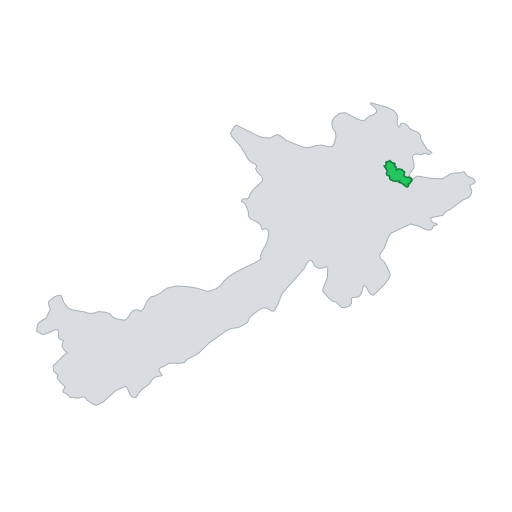 Namor, Oudômxai, Laos (highlighted), rotated 95°
{"feature_id": "54806243B14770946613819", "entity_name": "Namor", "entity_type": "district", "adm_level": 2, "iso_a3": "LAO", "parent_name": "Laos", "parent_adm1": "Oudômxai", "projection": "robinson", "projection_center": [101.708, 20.926], "detail": "fine", "context": "in_parent", "style": "filled", "palette": "green", "viewbox_px": 512, "rotation_deg": 95, "n_neighbors": 0, "source": "geoboundaries", "source_scale": "gbopen_adm2", "svg_char_len": 7808}
<svg xmlns="http://www.w3.org/2000/svg" viewBox="0 0 512 512"><g transform="rotate(95 256 256)"><path d="M179.6,49.8L182.0,54.5L193.1,67.2L195.0,70.7L199.1,73.3L202.5,84.6L203.9,85.3L205.8,84.5L207.1,82.9L208.3,78.6L209.1,78.1L210.3,81.7L213.4,82.8L214.8,84.3L215.2,87.0L214.7,89.8L212.1,96.3L210.6,104.9L221.5,123.4L226.0,125.9L236.9,128.9L244.2,133.0L247.6,132.0L250.9,127.4L254.8,124.8L262.1,120.9L264.2,120.7L268.2,122.3L274.8,126.8L284.9,135.5L284.5,137.8L282.7,140.0L277.4,143.4L275.7,145.6L276.7,146.4L281.2,147.0L286.5,148.9L288.1,151.2L289.0,156.3L289.9,157.3L294.8,156.7L296.3,157.4L298.1,159.1L299.8,163.3L299.8,166.5L295.0,172.2L294.4,175.5L291.9,179.6L285.3,186.3L283.5,186.7L271.2,183.0L261.4,183.5L260.6,184.9L262.3,189.0L262.8,193.0L261.3,196.1L255.7,200.1L255.5,201.8L256.6,203.6L264.8,207.2L291.0,226.6L302.9,230.3L308.1,232.7L309.5,234.1L309.4,235.8L308.1,238.0L307.0,241.8L306.9,244.0L308.2,246.3L310.3,249.5L317.6,256.9L323.0,258.7L328.7,267.1L330.4,274.5L333.2,279.3L346.8,295.2L358.2,305.0L365.0,315.6L368.3,318.0L369.4,321.8L370.3,333.0L374.3,338.6L375.1,340.8L376.8,342.5L378.7,342.8L382.7,339.1L383.5,339.7L385.3,345.6L387.0,347.7L393.0,351.3L399.4,358.4L402.9,361.0L407.2,363.0L407.8,365.3L407.0,367.5L405.7,369.0L398.3,373.1L397.3,374.9L402.3,384.0L414.7,395.2L418.6,402.0L417.8,405.2L414.4,411.8L411.9,413.5L411.2,415.6L413.2,420.9L413.0,429.2L410.7,431.1L408.5,436.2L407.0,436.6L403.2,434.7L395.3,443.4L391.9,443.0L388.0,447.8L382.8,448.5L379.3,444.9L371.7,439.1L369.0,435.4L366.7,438.6L362.7,441.5L357.1,440.5L355.6,444.8L354.5,445.6L347.7,446.4L346.5,447.1L347.6,451.0L351.6,457.7L352.8,461.6L350.3,467.9L343.3,467.8L340.1,465.2L336.2,459.8L327.1,456.3L321.1,458.7L319.3,458.6L314.8,454.1L313.1,451.2L312.0,446.9L318.9,443.4L322.4,440.7L324.6,437.8L325.6,434.8L326.6,422.3L327.7,417.9L327.1,412.5L325.2,408.3L325.1,401.9L326.1,396.7L328.7,394.2L330.5,390.5L331.5,382.1L330.7,380.0L328.1,377.9L323.8,376.0L321.0,373.6L319.9,370.6L320.0,368.0L321.3,365.8L318.0,363.3L310.2,360.5L305.8,357.2L304.8,353.4L301.5,348.4L295.9,342.1L292.9,333.1L292.5,321.4L293.2,311.9L295.6,300.9L292.2,292.9L288.6,288.7L283.6,285.6L278.8,281.2L274.2,275.4L268.8,266.9L262.4,255.6L258.1,250.5L255.9,251.7L251.3,250.6L244.3,247.4L238.2,245.6L233.0,245.4L229.6,246.1L228.1,247.8L228.0,249.5L229.3,251.2L228.6,252.5L225.8,253.5L223.7,255.3L221.2,259.5L219.5,264.9L216.9,267.0L212.9,267.4L209.0,269.0L205.1,271.6L203.3,273.6L203.5,275.0L202.7,275.3L200.8,274.5L199.9,272.7L200.0,269.9L198.0,268.0L194.0,267.1L189.4,264.0L180.6,256.2L178.6,255.9L175.7,257.9L172.0,262.3L168.9,264.0L166.5,263.1L164.6,264.6L163.3,268.6L160.8,271.8L149.0,280.2L138.4,291.1L135.7,292.0L129.3,289.0L127.3,286.9L136.1,264.6L137.4,259.2L137.2,252.1L133.4,246.2L133.3,244.4L133.9,242.6L138.4,235.7L143.6,218.0L143.3,212.5L141.0,206.4L139.8,200.7L140.8,192.8L140.4,189.8L137.9,188.2L129.9,186.7L125.2,187.9L123.0,190.1L120.3,191.4L115.2,192.2L110.4,189.5L106.4,185.0L105.5,179.5L110.5,167.6L111.7,163.0L111.6,160.9L110.7,158.6L109.5,158.3L107.0,155.5L104.5,150.6L102.1,148.4L99.9,148.8L97.8,150.6L94.5,155.3L93.4,154.7L96.4,138.3L99.2,131.3L102.5,128.1L106.0,126.7L109.7,127.2L112.8,126.6L115.2,124.9L115.0,124.0L112.1,123.7L110.9,121.9L111.5,118.4L112.8,116.1L114.9,115.1L116.8,111.6L118.7,105.6L121.0,102.5L123.7,102.5L128.3,99.9L134.9,94.8L137.4,89.9L139.8,92.2L138.9,97.9L140.2,99.1L140.8,101.1L140.5,104.2L141.0,106.9L142.0,108.2L143.4,108.9L150.4,106.6L154.6,106.4L161.6,110.6L165.7,107.5L165.7,106.3L162.3,102.4L163.4,88.1L162.9,77.1L157.2,69.1L156.0,65.8L155.5,60.5L153.9,56.0L157.9,52.4L160.1,45.7L163.0,44.1L163.9,44.3L167.4,49.4L171.8,46.8L175.2,46.9L178.1,48.2L179.6,49.8Z" fill="#d9dde1" stroke="#a8b0b8" stroke-width="1"/><path d="M167.3,107.2L167.3,107.4L167.2,107.5L167.3,107.6L167.2,107.7L166.9,107.8L166.7,107.8L166.7,107.5L166.7,107.4L166.2,107.5L166.1,107.4L166.0,107.5L165.9,107.6L165.7,107.6L165.4,107.7L165.3,107.8L165.3,108.0L165.1,108.0L165.0,108.3L164.9,108.5L165.0,108.8L165.1,109.0L165.0,109.3L164.8,109.6L164.7,109.9L164.5,110.0L164.4,110.0L164.3,110.3L164.1,110.4L164.0,110.5L164.0,110.8L164.2,111.1L164.5,111.3L164.6,111.5L164.6,111.9L164.5,112.1L164.4,112.2L164.4,112.3L164.4,112.5L164.2,112.8L164.3,113.1L164.4,113.5L164.2,113.8L164.1,114.3L163.9,114.8L163.7,114.8L163.7,115.0L163.2,115.3L162.8,115.8L162.2,115.7L161.9,115.5L161.7,115.4L161.5,115.6L161.3,115.7L160.9,115.7L160.6,115.5L160.3,115.5L160.1,115.4L159.9,115.2L159.7,115.1L159.4,115.3L159.0,115.5L158.8,115.7L158.6,116.1L158.5,116.6L158.1,117.5L157.9,117.8L157.6,117.9L157.2,117.9L157.1,118.1L157.1,118.5L157.1,118.9L157.1,119.2L157.0,119.4L157.0,120.3L156.9,120.7L156.9,121.0L156.7,121.4L156.6,121.5L156.6,121.8L156.8,122.0L157.1,122.2L157.4,122.5L157.5,122.7L157.8,122.9L158.1,123.1L158.1,123.5L157.9,123.7L157.8,123.9L157.5,124.0L157.0,124.1L156.8,124.1L156.5,124.2L155.6,124.1L155.0,124.2L154.9,124.4L154.9,124.5L154.8,125.0L154.7,125.4L154.3,125.4L154.2,125.5L153.8,125.7L153.6,125.8L153.3,125.7L153.1,125.5L152.8,125.6L152.6,125.5L152.4,125.6L152.2,125.7L152.5,125.9L152.4,125.9L152.4,126.0L152.2,125.9L152.1,126.0L152.2,126.3L152.1,126.5L151.9,126.5L151.7,126.7L151.7,126.8L151.6,126.7L151.4,126.8L151.5,126.9L151.4,127.2L151.4,127.3L151.4,127.5L151.5,127.7L151.5,127.9L151.5,128.0L151.4,128.1L151.3,128.4L151.0,128.8L150.9,129.2L150.9,129.3L150.7,129.5L150.4,129.6L150.2,129.6L150.1,129.8L150.0,130.0L149.8,130.2L149.7,130.4L149.4,130.6L149.3,130.8L149.2,130.9L149.3,131.0L149.6,131.1L149.8,131.1L149.8,131.3L149.8,131.8L149.9,132.0L150.1,132.0L150.2,132.3L150.3,132.6L150.6,132.8L150.8,132.9L150.6,133.4L150.7,133.5L150.9,133.6L151.1,134.2L151.2,134.8L151.6,134.8L151.7,134.6L151.9,134.5L152.6,134.4L153.4,134.4L153.6,134.6L153.8,134.5L154.0,134.5L154.3,134.5L154.5,134.4L154.6,134.5L154.7,134.8L154.8,134.8L154.8,135.0L155.0,135.5L155.1,135.8L155.1,136.2L155.3,136.1L155.6,135.8L155.6,135.7L155.8,135.7L156.2,135.6L156.4,135.3L156.6,135.0L156.8,134.7L157.4,134.5L157.5,134.4L157.7,134.1L157.9,134.0L157.9,133.9L158.0,133.9L158.2,133.6L158.3,133.6L158.5,133.4L158.8,133.3L158.9,133.2L159.1,133.1L159.4,133.0L159.5,132.9L159.8,132.7L160.0,132.6L161.1,132.8L161.9,133.2L162.2,133.3L162.5,133.3L163.4,133.0L163.9,132.7L164.0,132.5L164.2,132.2L164.3,132.0L164.3,131.7L164.4,130.2L164.6,130.0L164.9,130.2L165.0,130.0L165.4,130.0L165.5,129.9L165.8,129.8L165.9,129.7L166.0,129.7L166.4,129.5L166.5,129.6L166.7,129.4L166.8,129.4L166.9,129.5L167.1,129.6L167.4,129.5L167.6,129.4L167.9,129.2L168.0,129.1L168.2,128.8L168.2,128.7L168.3,128.7L168.4,128.3L168.5,128.0L168.6,127.8L168.6,127.4L168.9,126.7L169.0,126.4L169.2,126.2L169.2,125.9L169.3,125.5L169.3,125.4L169.2,125.0L169.3,124.8L169.3,124.6L169.3,124.4L169.3,124.2L169.5,123.9L169.6,123.7L169.4,123.4L169.4,122.7L169.3,122.4L169.1,121.9L169.0,121.4L169.0,121.2L169.1,120.8L169.1,120.7L169.1,120.4L169.0,120.2L169.2,120.3L169.3,120.3L169.4,120.2L169.5,120.2L169.4,120.1L169.6,120.0L169.8,120.0L169.9,119.8L170.0,119.7L170.1,119.4L170.3,119.2L170.2,119.1L170.2,118.9L170.1,118.6L170.3,118.5L170.6,118.6L170.6,118.4L170.4,118.3L170.5,118.2L170.5,117.9L170.7,117.6L170.7,117.4L170.8,117.2L171.1,116.8L171.2,116.5L171.4,116.3L171.7,115.9L171.9,115.4L172.0,115.2L172.2,114.9L172.3,114.8L172.2,114.6L172.7,114.3L173.0,113.7L173.3,113.5L173.4,113.2L173.7,112.7L173.8,112.7L173.8,112.4L174.0,112.3L174.0,112.2L174.1,111.8L174.1,111.7L174.1,111.3L174.1,111.2L173.5,110.5L172.9,110.5L172.8,110.4L172.6,110.2L172.3,110.4L172.2,110.5L171.9,110.8L171.5,110.8L171.4,110.8L171.4,110.7L171.2,110.6L170.9,110.6L170.9,110.0L170.9,109.8L170.9,109.5L170.8,109.4L170.6,109.3L170.3,109.1L169.8,108.9L169.7,108.8L169.3,108.7L168.8,108.6L168.7,108.5L168.6,108.2L168.1,108.0L168.1,107.9L168.0,107.6L167.9,107.5L167.6,107.2L167.4,107.1L167.3,107.2Z" fill="#22c55e" stroke="#15803d" stroke-width="1.5"/></g></svg>